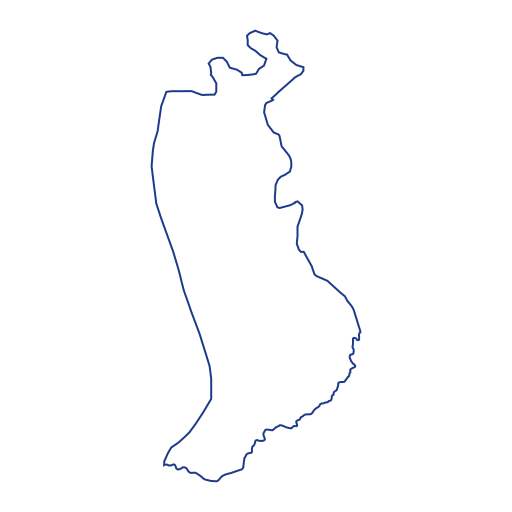 Al Ja'fariyyah, Al Hudaydah, Yemen (Albers equal-area conic projection)
{"feature_id": "15242507B92628059498332", "entity_name": "Al Ja'fariyyah", "entity_type": "district", "adm_level": 2, "iso_a3": "YEM", "parent_name": "Yemen", "parent_adm1": "Al Hudaydah", "projection": "albers", "projection_center": [43.593, 14.518], "detail": "fine", "context": "isolated", "style": "outline", "palette": "blue", "viewbox_px": 512, "rotation_deg": 0, "n_neighbors": 0, "source": "geoboundaries", "source_scale": "gbopen_adm2", "svg_char_len": 5991}
<svg xmlns="http://www.w3.org/2000/svg" viewBox="0 0 512 512"><path d="M164.1,465.1L164.8,464.7L167.0,464.6L168.9,465.5L171.2,465.4L172.6,464.7L173.8,464.4L174.7,464.8L175.5,466.1L176.3,468.3L177.4,469.4L179.1,469.3L180.3,468.9L181.3,468.4L182.7,467.3L184.5,467.3L186.3,468.1L187.3,469.5L188.2,471.1L189.4,472.3L190.7,472.9L192.8,472.8L195.1,472.7L196.8,473.5L199.2,475.1L201.2,476.5L203.4,478.6L205.5,479.7L208.0,480.2L210.6,480.9L213.5,481.1L215.6,481.3L217.1,481.2L218.8,479.9L220.4,477.9L222.0,476.2L225.2,474.6L228.8,473.5L230.2,473.3L238.0,470.6L241.7,469.4L242.0,469.1L242.6,468.6L242.8,468.3L243.3,467.1L243.7,463.1L244.1,460.5L244.3,459.0L244.5,457.9L245.3,456.9L245.6,456.3L245.8,455.6L246.9,454.1L248.0,453.4L249.8,453.0L251.1,452.8L251.7,452.4L251.9,451.7L252.0,450.6L251.9,449.1L252.0,448.1L252.3,446.9L253.0,446.1L254.0,445.3L254.8,443.4L255.3,441.5L255.6,440.7L256.3,440.2L257.2,440.1L259.1,440.8L260.0,440.9L261.2,440.9L262.6,440.9L263.6,440.6L264.4,440.0L264.8,439.6L264.8,438.9L264.6,437.9L264.2,437.1L263.9,436.5L263.6,435.4L263.4,434.4L263.5,433.6L263.6,432.9L264.5,431.5L265.0,430.5L265.6,429.9L266.2,429.6L267.1,429.6L268.2,429.7L269.5,429.8L272.0,430.3L272.7,430.1L273.5,429.4L274.4,428.7L275.3,427.9L276.2,427.1L277.4,426.6L278.5,426.2L279.2,425.7L279.8,425.2L280.3,425.2L281.0,425.4L282.1,425.5L283.0,425.9L284.1,426.3L285.4,427.0L286.9,427.5L288.2,427.8L289.6,428.1L290.2,428.2L290.8,428.4L291.5,428.2L291.9,427.8L292.4,427.2L292.9,426.8L293.4,426.4L294.1,426.0L294.7,426.0L295.4,426.1L296.3,426.2L296.9,425.9L297.1,425.5L297.1,425.1L296.9,424.4L296.6,423.3L296.3,422.6L296.3,421.8L296.3,421.4L296.6,421.0L297.5,420.4L298.3,420.0L299.3,419.8L300.1,419.0L300.6,417.7L301.1,417.1L301.7,416.8L302.3,416.6L303.7,415.4L304.8,414.7L305.3,414.6L306.7,414.3L309.7,414.3L310.7,414.1L311.4,413.8L312.7,412.4L313.3,411.3L314.3,409.9L316.3,408.2L317.4,407.5L318.2,407.1L318.7,406.6L319.4,405.9L319.7,405.2L320.1,404.4L320.5,403.9L321.6,403.5L322.6,403.5L324.5,402.9L326.0,402.4L327.4,402.2L328.2,401.8L328.6,401.2L329.4,400.9L330.3,400.7L330.9,400.3L331.3,399.8L331.6,398.6L331.7,397.6L331.8,396.5L332.4,395.2L333.4,394.9L333.6,394.1L333.7,392.9L334.0,392.2L334.7,391.4L335.7,390.8L336.5,390.2L336.9,389.7L337.3,388.4L337.4,387.6L337.8,386.8L338.2,385.5L338.2,384.4L338.2,383.4L338.5,382.9L339.1,382.4L340.1,382.2L341.4,382.0L343.3,382.0L344.0,381.9L344.7,381.5L345.0,381.0L346.3,379.2L347.4,377.8L347.8,377.0L348.2,376.7L348.8,376.4L349.1,375.9L349.3,374.8L349.4,373.7L349.8,372.8L350.3,372.3L350.4,371.7L350.4,371.2L350.2,370.7L350.1,370.2L350.4,369.6L350.9,369.0L352.3,368.2L353.5,367.6L354.5,367.2L355.2,366.5L355.2,366.2L355.1,365.6L354.7,365.0L354.3,364.4L353.1,363.7L352.4,362.8L351.6,361.8L351.1,360.9L350.7,360.0L350.4,359.3L350.0,358.5L349.8,358.0L349.7,357.4L349.7,356.8L349.8,356.2L350.2,355.2L350.3,354.7L350.8,354.5L351.4,354.5L352.0,354.3L352.6,354.1L353.1,353.9L353.3,353.4L353.5,352.8L353.7,351.4L353.7,350.5L353.6,349.5L353.4,348.8L353.0,348.2L352.7,347.8L352.5,346.8L352.6,346.2L352.8,345.3L352.9,344.5L352.9,343.8L353.0,342.4L353.0,340.8L353.0,340.0L353.0,339.3L353.1,338.4L353.4,338.1L354.0,337.9L355.0,338.0L355.6,338.2L356.2,338.5L356.5,339.1L356.8,339.7L357.3,340.0L357.9,340.1L358.4,340.1L358.8,339.9L359.1,339.5L359.1,338.3L359.1,337.3L359.1,336.2L359.0,335.4L359.0,334.7L359.2,334.0L359.3,333.3L359.6,332.8L360.4,332.3L360.3,331.5L360.2,330.8L353.7,309.9L351.8,306.3L347.2,300.7L344.9,296.3L341.1,293.2L340.1,292.4L334.0,286.8L327.4,280.8L316.4,276.0L314.5,274.3L314.4,274.0L312.4,268.3L311.8,266.4L305.1,254.3L303.8,251.9L300.9,251.9L298.8,249.5L298.5,248.4L297.6,246.0L296.8,243.9L297.0,241.5L297.2,239.4L297.5,236.3L297.5,235.8L297.5,235.0L297.5,227.6L297.5,226.7L298.3,224.4L300.2,218.9L301.5,214.9L301.9,213.8L302.6,209.5L302.1,205.4L300.6,204.1L297.6,201.4L295.1,202.2L295.0,202.8L290.0,205.3L287.2,206.0L279.7,208.0L278.8,207.7L277.4,207.3L276.5,205.2L274.9,201.8L274.9,197.4L274.9,196.6L274.9,196.0L275.3,191.5L275.4,190.2L275.5,186.6L275.6,185.1L275.7,184.8L277.8,179.8L280.2,177.3L280.8,176.7L284.8,174.9L288.0,172.8L289.8,171.6L290.8,168.3L291.3,166.8L291.3,163.0L291.1,161.0L291.0,160.0L290.3,158.3L289.0,155.5L288.2,154.5L283.6,148.7L281.7,146.5L281.2,144.4L280.5,140.6L279.4,135.6L278.4,134.4L273.7,132.5L270.1,127.8L267.8,124.8L264.1,112.3L265.1,105.0L266.4,103.0L271.9,100.6L272.8,100.1L273.1,99.8L271.6,98.3L276.5,94.0L278.1,92.3L293.5,78.8L294.2,77.9L296.7,76.4L297.0,76.2L297.3,76.0L300.9,74.2L303.4,70.8L303.4,67.2L299.2,65.9L296.3,65.0L293.0,62.4L290.4,60.3L288.9,57.7L287.0,54.5L284.7,54.2L278.8,52.4L276.6,47.3L276.9,45.0L277.5,40.6L275.6,38.1L273.7,35.6L272.4,34.7L270.0,33.1L266.9,34.4L261.9,33.2L255.1,30.7L254.9,30.8L254.3,31.1L252.0,32.1L249.5,33.3L247.0,35.8L247.7,40.1L247.7,45.1L250.8,48.2L253.6,49.8L255.2,50.7L255.7,51.1L257.8,53.0L258.1,53.2L260.2,55.1L266.4,58.8L265.5,61.3L265.3,61.8L264.0,65.6L259.2,68.7L259.0,68.8L257.0,72.2L256.0,73.8L253.8,74.2L253.4,74.3L252.2,74.5L250.9,74.6L250.4,74.7L246.7,75.1L245.5,75.1L242.3,75.2L241.7,72.7L238.2,70.5L236.9,69.7L236.7,69.6L229.8,67.7L228.6,65.2L226.7,61.5L225.1,60.0L223.0,57.8L217.6,57.8L217.3,57.8L211.8,59.7L208.8,63.4L208.7,63.5L210.5,67.1L211.2,73.1L210.8,75.0L211.9,76.0L212.0,76.1L213.1,77.8L216.3,83.4L216.3,87.8L216.3,89.2L216.3,91.6L214.5,94.7L213.7,94.7L210.9,94.7L209.5,94.7L205.7,94.8L203.7,95.0L201.5,94.8L201.1,94.7L200.9,94.6L191.5,91.1L186.7,91.1L183.1,91.2L182.2,91.2L172.2,91.2L167.1,91.7L166.4,91.8L163.1,101.0L161.3,105.9L161.2,106.3L161.0,107.6L159.1,120.5L157.6,131.3L155.1,139.6L155.0,140.0L154.2,142.5L154.0,143.3L152.9,150.4L151.6,166.2L152.8,176.0L155.2,194.9L156.3,203.6L158.2,209.3L160.8,217.3L163.6,225.1L173.2,251.7L178.6,269.8L179.8,274.4L180.8,278.5L181.0,279.5L183.8,290.4L189.5,306.5L191.1,311.3L199.6,333.9L209.5,365.7L210.0,369.2L211.2,378.6L211.2,398.9L203.1,412.5L195.6,423.9L189.3,432.5L185.3,436.4L178.6,442.5L171.3,447.5L168.0,453.0L164.2,461.5L164.2,463.5L164.1,465.1Z" fill="none" stroke="#1e3a8a" stroke-width="2"/></svg>